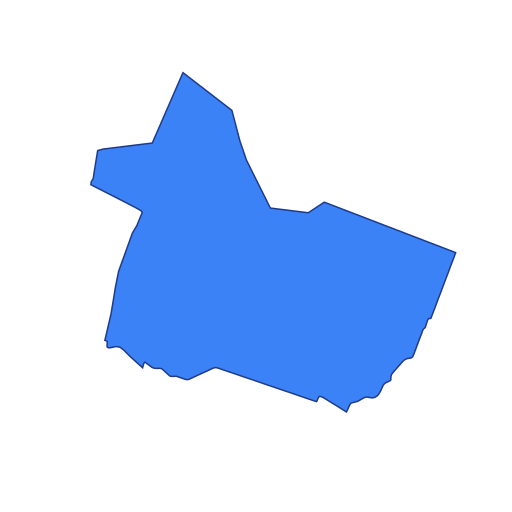 outline of Gao, rotated 21°
{"feature_id": "MLI-2690", "entity_name": "Gao", "entity_type": "Region", "adm_level": 1, "iso_a3": "MLI", "parent_name": "Mali", "parent_adm1": "", "projection": "robinson", "projection_center": [1.906, 16.933], "detail": "fine", "context": "isolated", "style": "filled", "palette": "blue", "viewbox_px": 512, "rotation_deg": 21, "n_neighbors": 0, "source": "natural_earth", "source_scale": "10m", "svg_char_len": 1975}
<svg xmlns="http://www.w3.org/2000/svg" viewBox="0 0 512 512"><g transform="rotate(21 256 256)"><path d="M151.6,394.5L149.8,394.4L149.2,393.5L147.8,389.2L147.2,388.9L145.1,388.9L145.1,388.7L141.5,362.5L140.1,355.6L137.2,341.4L136.2,336.9L135.7,334.0L133.2,319.5L133.0,308.3L132.8,298.9L132.4,279.0L133.9,270.0L134.0,264.1L134.2,256.0L132.0,254.8L129.7,254.5L125.7,253.9L107.2,251.9L80.6,249.1L76.3,248.6L75.6,245.7L76.3,242.2L74.2,232.6L70.4,214.3L75.2,210.8L107.0,193.9L118.7,187.7L122.1,111.0L181.3,128.7L199.7,154.3L212.7,169.9L252.2,206.1L289.3,196.9L300.4,181.3L359.7,181.3L407.3,181.3L441.2,181.3L441.3,186.3L441.3,195.1L441.4,204.0L441.4,212.9L441.5,221.7L441.5,230.6L441.6,239.5L441.6,244.0L441.6,251.5L440.8,252.2L440.2,252.2L439.7,252.4L439.3,253.7L439.2,255.0L439.6,262.0L439.3,262.8L438.5,264.2L438.3,264.9L438.4,269.4L438.4,279.0L438.5,285.2L438.5,293.1L438.0,294.8L437.2,295.7L434.4,297.2L433.0,298.5L431.8,299.9L430.9,301.5L425.3,316.7L425.0,318.7L425.3,320.7L426.1,322.8L426.2,323.0L426.2,323.6L426.1,323.9L426.1,324.1L422.4,328.1L421.5,329.7L421.1,331.1L420.6,338.1L420.1,340.8L419.3,342.9L419.1,343.4L417.5,345.5L415.2,346.9L410.2,347.9L407.9,349.3L403.0,355.3L397.6,359.1L396.9,361.0L396.4,369.2L395.2,369.0L394.9,368.9L388.4,367.6L376.6,365.4L369.2,364.0L366.7,364.0L365.7,364.3L365.2,364.7L365.1,365.4L364.9,366.7L364.9,369.4L364.6,370.3L361.5,370.4L355.4,370.7L349.4,370.9L343.3,371.1L337.3,371.3L331.2,371.6L325.2,371.8L319.1,372.0L313.1,372.3L307.0,372.5L300.9,372.7L294.9,372.9L288.8,373.2L282.8,373.4L276.7,373.6L270.7,373.9L264.6,374.1L260.0,374.3L257.9,374.8L256.2,376.0L252.0,380.4L246.9,385.6L242.8,389.8L237.6,395.2L236.0,396.1L234.3,396.5L224.7,396.8L222.9,397.6L221.1,398.4L219.4,398.9L218.5,398.9L208.8,395.1L206.8,395.2L202.8,396.8L200.8,397.3L198.6,397.2L190.4,394.9L189.9,395.7L189.8,397.4L190.2,401.0L174.4,394.9L166.0,391.1L161.7,389.9L157.7,390.7L153.8,393.3L151.6,394.5Z" fill="#3b82f6" stroke="#1e3a8a" stroke-width="1.5"/></g></svg>